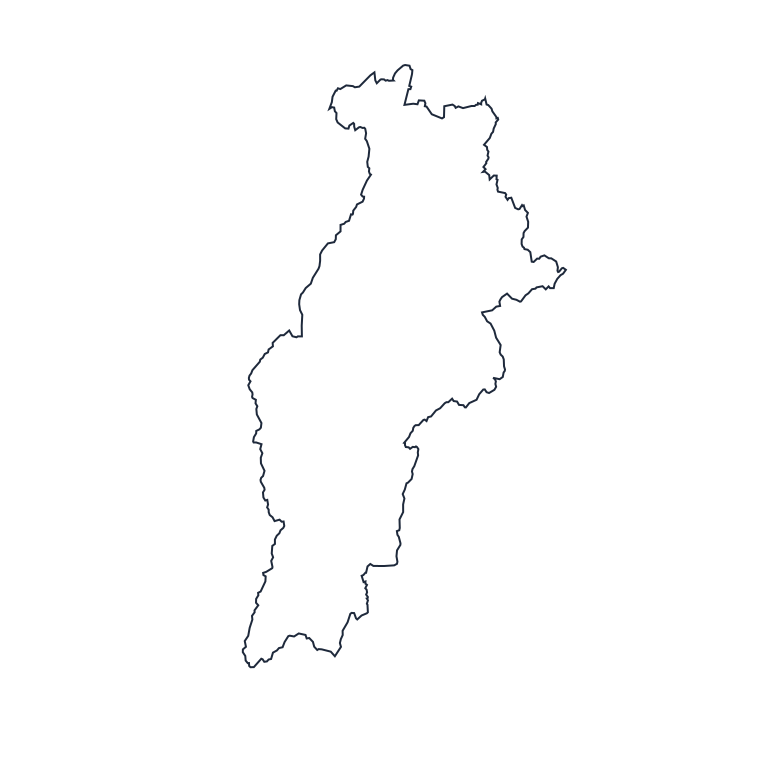 outline of Sigi, Sulawesi Tengah, Indonesia, rotated 18°
{"feature_id": "22746128B27078250924142", "entity_name": "Sigi", "entity_type": "district", "adm_level": 2, "iso_a3": "IDN", "parent_name": "Indonesia", "parent_adm1": "Sulawesi Tengah", "projection": "equal_earth", "projection_center": [119.97, -1.462], "detail": "fine", "context": "isolated", "style": "outline", "palette": "slate", "viewbox_px": 768, "rotation_deg": 18, "n_neighbors": 0, "source": "geoboundaries", "source_scale": "gbopen_adm2", "svg_char_len": 6104}
<svg xmlns="http://www.w3.org/2000/svg" viewBox="0 0 768 768"><g transform="rotate(18 384 384)"><path d="M265.4,379.3L266.7,382.5L263.6,386.8L263.9,389.8L261.3,392.3L260.6,396.4L258.8,399.0L259.0,401.2L254.6,411.5L254.4,415.1L253.5,417.5L253.6,420.0L254.3,421.6L256.2,422.7L255.3,427.1L257.9,430.5L261.3,432.7L262.2,434.5L262.5,437.0L263.4,438.0L267.0,438.6L267.8,442.1L270.4,444.3L270.3,447.2L272.5,452.3L279.5,459.0L280.4,463.6L279.5,465.7L277.0,468.1L277.7,470.5L276.7,474.7L277.3,479.1L278.1,479.9L280.6,479.1L286.1,479.1L286.4,484.2L289.7,487.4L289.6,492.2L291.5,497.5L297.2,503.5L297.4,508.9L296.2,511.1L296.2,513.4L297.1,515.1L302.2,519.7L303.1,521.5L302.4,524.5L304.4,529.2L307.1,531.5L308.8,530.3L311.0,534.5L311.0,537.5L313.1,539.1L314.0,541.6L315.8,543.9L319.2,545.2L322.3,548.2L326.6,545.3L329.2,546.6L331.0,545.8L333.0,549.8L332.7,552.0L330.8,555.1L330.6,558.3L328.9,561.4L328.3,565.6L329.7,569.8L327.8,572.5L329.6,579.9L332.1,583.1L331.4,587.1L334.5,592.5L334.6,593.7L330.1,599.0L327.4,601.0L328.4,603.0L330.9,603.5L332.2,608.4L330.8,619.5L328.8,621.5L329.8,623.8L328.8,627.9L329.9,631.6L332.8,633.3L330.8,639.3L331.5,641.1L330.1,645.3L331.6,648.7L331.6,657.4L332.7,665.5L331.0,671.5L333.9,676.6L331.8,680.0L332.6,682.7L336.1,685.5L337.9,689.8L340.7,691.6L341.8,691.1L342.9,693.8L344.5,694.6L347.7,693.5L352.2,683.2L353.6,683.3L356.0,685.2L358.4,684.0L359.4,681.7L361.6,680.4L361.4,673.8L364.5,670.5L365.7,667.6L368.9,665.7L369.2,660.1L370.9,653.4L372.1,652.5L376.5,651.9L380.0,647.6L386.9,646.9L389.1,649.9L391.4,648.7L396.1,651.2L398.8,655.4L402.7,657.6L403.8,656.3L406.8,655.6L416.1,655.0L421.4,658.1L424.3,647.3L422.1,644.0L421.8,640.0L422.3,635.5L420.9,631.5L423.0,621.9L423.0,613.0L423.9,611.7L426.4,611.1L429.8,615.5L431.3,616.2L434.2,611.1L438.6,607.3L439.2,606.1L436.5,599.0L435.6,598.3L435.6,594.7L433.9,593.3L434.6,592.8L434.5,591.6L432.1,589.8L432.3,587.4L431.0,585.0L429.3,584.0L429.9,580.3L428.0,579.6L427.4,577.5L425.8,578.7L422.0,573.3L423.4,572.1L424.7,569.1L425.3,569.0L424.7,562.6L426.6,559.4L430.1,560.3L440.0,557.2L449.8,553.3L451.9,551.0L451.7,548.9L449.1,544.0L447.8,538.2L449.3,532.0L448.9,530.4L445.3,524.8L443.4,523.3L441.7,519.9L443.7,518.4L443.5,516.1L440.6,508.0L441.8,499.9L439.4,492.6L438.8,486.6L435.8,482.9L436.4,478.0L436.1,471.5L437.3,470.4L439.6,465.8L439.1,460.8L437.6,458.5L437.4,456.0L438.2,452.8L438.5,441.3L437.3,438.7L436.8,435.3L434.9,433.8L433.7,433.5L433.0,434.5L430.8,434.9L428.8,437.6L427.0,436.6L424.2,437.2L422.8,435.6L422.3,433.8L421.3,433.8L424.2,426.6L424.4,422.7L425.8,419.6L425.4,416.6L426.0,414.5L426.8,413.4L429.7,412.4L432.6,406.0L433.7,405.3L435.9,406.1L436.2,401.9L438.8,400.3L441.6,393.1L444.9,389.7L447.7,383.5L449.0,382.0L450.8,381.4L453.3,376.9L455.5,378.7L458.9,378.1L461.8,380.7L466.1,379.6L468.1,381.2L469.1,381.0L471.0,375.8L476.9,370.4L477.7,364.3L480.1,358.6L481.5,358.0L484.1,360.1L486.7,360.1L490.8,355.4L491.5,352.0L489.9,349.5L489.6,347.0L488.2,345.3L485.9,344.4L492.5,343.7L494.8,340.6L494.2,336.1L494.8,334.3L494.6,332.8L492.7,330.1L490.3,323.6L488.4,321.2L485.9,320.0L484.2,318.1L482.9,310.9L476.3,305.3L472.4,299.2L466.7,293.6L462.7,292.5L459.1,289.0L456.6,287.7L455.1,285.6L464.1,280.5L466.9,275.7L470.3,273.9L468.3,270.0L468.6,267.6L469.4,264.9L473.1,260.0L479.4,263.3L483.9,263.0L487.9,263.7L488.8,263.1L491.2,255.9L493.3,253.2L495.5,248.1L498.6,246.5L499.2,245.0L504.6,242.0L508.6,244.0L510.4,240.3L512.3,241.5L515.8,240.4L515.3,235.9L516.3,230.5L518.3,225.9L520.2,223.8L521.7,219.2L518.5,218.2L517.4,219.0L515.8,223.1L515.0,223.7L514.0,222.7L513.3,219.2L509.9,214.3L504.3,212.8L501.9,213.5L496.8,212.1L493.6,214.5L492.9,216.9L490.9,217.4L488.6,221.7L486.7,222.0L482.4,213.4L479.2,211.9L475.9,212.3L475.0,211.1L473.3,210.5L471.6,208.3L470.3,203.9L471.2,201.1L470.1,197.3L470.5,195.1L472.6,190.8L471.0,185.2L467.8,180.8L468.0,176.8L464.4,174.9L461.7,171.0L461.0,171.9L460.0,171.2L458.8,175.7L457.6,176.4L454.3,176.0L447.5,167.5L445.2,168.7L444.6,170.7L441.7,168.4L441.7,166.1L440.2,165.0L433.0,165.8L431.8,164.1L431.6,162.4L429.3,159.4L428.9,154.7L427.7,154.5L426.8,151.0L424.0,151.8L421.3,156.8L419.5,152.8L414.4,150.8L412.6,151.7L414.2,148.3L411.5,146.9L413.1,142.4L412.5,141.3L413.6,137.5L413.4,136.1L411.9,134.8L411.5,130.7L409.8,129.4L408.7,126.8L405.2,125.6L408.6,117.3L408.8,112.8L409.8,110.5L409.4,107.1L410.0,102.3L409.4,100.7L410.9,97.2L410.0,95.8L408.8,96.6L408.3,95.3L402.8,91.2L401.2,88.9L397.0,86.5L395.2,86.5L392.0,81.2L392.0,82.1L389.7,84.3L389.5,86.6L390.0,88.0L386.6,87.8L386.8,89.4L385.2,90.1L384.3,91.6L381.4,92.5L373.9,97.2L369.0,97.0L366.8,99.2L365.4,97.8L362.8,97.1L355.5,101.2L358.6,111.7L357.1,113.5L346.1,112.7L338.7,107.0L337.0,107.2L336.6,104.2L334.8,102.1L329.5,103.5L329.4,107.6L325.2,108.4L317.2,112.2L316.1,96.1L318.0,95.4L318.0,92.8L315.9,92.7L314.9,80.7L315.6,80.7L314.9,80.7L314.0,76.7L312.0,76.3L309.9,73.4L305.5,74.1L303.8,75.3L300.0,81.5L298.5,85.2L298.0,89.8L298.5,92.0L299.3,92.4L295.0,94.1L293.4,93.9L291.8,95.0L289.9,94.3L287.4,95.0L286.6,95.5L284.2,100.2L281.9,97.9L278.6,90.6L275.7,94.6L268.6,108.8L264.6,110.8L262.4,110.3L255.8,111.7L251.3,117.0L248.8,117.0L248.3,119.7L247.4,119.9L246.3,126.7L247.3,132.1L247.0,139.2L248.9,136.8L251.2,136.5L253.0,139.8L255.1,141.0L256.7,146.9L259.1,149.6L268.1,152.9L271.3,152.1L271.2,148.9L274.1,145.2L275.2,145.8L276.1,148.4L278.2,151.5L280.9,147.6L282.0,146.9L284.5,147.1L286.1,146.4L287.3,147.1L289.5,151.1L290.3,156.6L292.6,158.3L297.4,164.8L299.1,172.5L299.4,177.9L301.5,182.5L303.4,183.4L304.0,186.5L305.5,188.5L306.9,188.9L304.9,195.8L303.7,205.7L303.7,211.0L305.7,212.3L307.2,212.0L307.7,213.9L307.3,217.2L302.8,221.6L302.8,224.2L301.2,228.6L301.9,231.8L301.7,232.6L300.2,232.8L300.3,239.6L297.5,241.7L296.6,243.9L293.5,246.1L295.5,252.3L292.3,257.4L293.4,261.2L292.8,264.5L287.2,267.6L283.9,276.1L283.2,280.5L285.2,286.6L286.2,291.8L286.1,294.6L283.5,305.0L283.4,311.2L279.9,316.9L278.6,322.1L277.4,324.4L277.6,330.4L278.7,334.4L281.3,339.7L284.9,343.4L287.7,353.9L291.2,364.1L287.4,365.3L286.3,366.6L282.2,366.9L277.3,362.4L273.6,368.6L270.4,369.6L265.4,379.3Z" fill="none" stroke="#1e293b" stroke-width="2"/></g></svg>